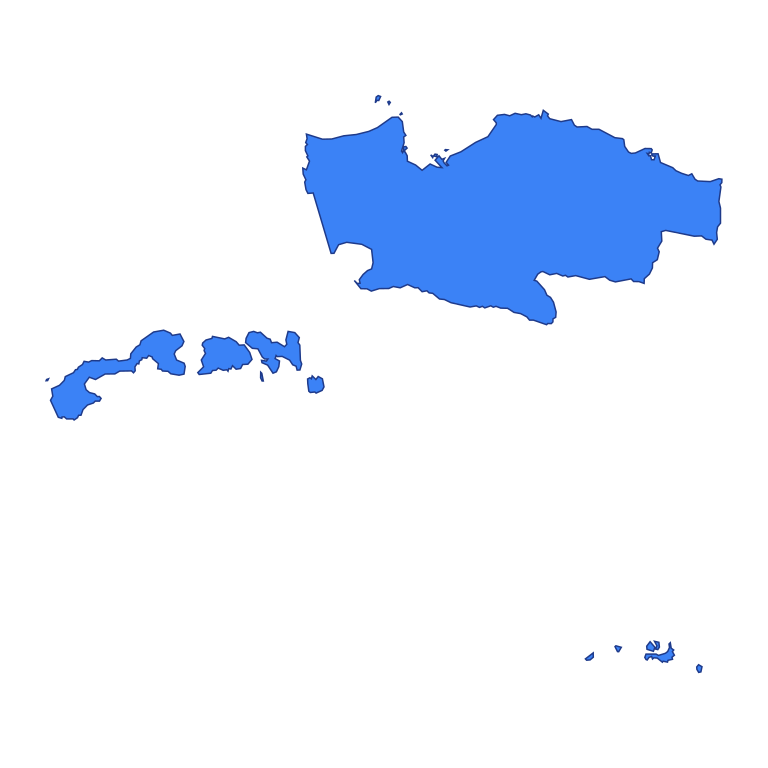 Maluku Tengah, Maluku, Indonesia (Albers equal-area conic projection)
{"feature_id": "22746128B41463091507887", "entity_name": "Maluku Tengah", "entity_type": "district", "adm_level": 2, "iso_a3": "IDN", "parent_name": "Indonesia", "parent_adm1": "Maluku", "projection": "albers", "projection_center": [128.463, -3.665], "detail": "fine", "context": "isolated", "style": "filled", "palette": "blue", "viewbox_px": 768, "rotation_deg": 0, "n_neighbors": 0, "source": "geoboundaries", "source_scale": "gbopen_adm2", "svg_char_len": 6104}
<svg xmlns="http://www.w3.org/2000/svg" viewBox="0 0 768 768"><path d="M721.9,179.2L718.8,178.7L710.3,181.6L697.7,181.0L695.0,179.2L691.8,173.8L688.4,175.5L681.6,173.3L675.9,170.7L672.8,167.7L660.5,162.5L658.1,153.8L652.2,153.9L651.7,154.9L653.0,156.1L655.3,156.1L654.0,159.8L651.5,159.7L650.5,155.7L648.9,155.9L647.2,153.4L649.1,153.8L649.3,152.3L651.2,153.0L652.2,149.9L651.2,148.6L645.0,148.5L635.3,153.0L631.2,153.4L628.5,152.0L624.7,146.4L623.8,139.7L622.4,138.6L614.9,137.7L599.0,129.3L592.0,129.3L587.0,126.5L577.1,127.0L574.4,125.2L571.5,119.6L561.0,121.6L549.7,118.7L547.5,115.9L548.3,114.1L543.3,110.3L541.0,118.3L538.7,114.8L534.7,117.0L532.7,116.0L532.2,116.8L530.5,115.0L525.9,113.8L521.3,114.7L515.1,113.3L509.7,115.8L504.5,114.4L497.4,115.3L493.5,119.6L496.3,122.9L496.3,124.5L487.9,136.7L475.6,142.4L460.9,151.8L450.3,156.0L446.1,162.4L449.1,165.7L447.7,164.6L447.0,165.8L444.2,163.0L443.1,160.9L444.6,158.3L441.8,159.3L439.0,155.8L435.1,160.2L441.9,167.6L437.0,167.2L430.1,164.0L422.1,170.3L415.6,165.0L407.4,161.2L407.2,155.8L405.1,151.9L402.8,151.2L402.5,152.5L401.5,151.1L404.1,142.7L403.7,137.0L405.9,135.4L403.7,132.0L402.3,121.6L398.2,117.1L392.0,117.3L377.4,127.6L368.8,131.4L356.3,134.5L343.8,135.8L331.8,139.0L322.5,139.2L306.4,134.1L307.1,138.7L305.7,142.6L307.4,144.5L305.4,146.4L305.4,150.7L307.9,155.9L306.8,156.9L309.5,161.1L306.4,169.8L302.8,168.1L303.2,174.1L305.9,179.8L304.7,182.1L306.0,189.6L307.9,193.4L313.2,193.0L331.1,253.4L334.0,253.3L338.6,244.7L346.7,242.3L361.8,244.3L371.6,249.4L373.1,262.7L371.6,268.9L367.5,270.6L363.1,274.5L359.3,279.7L360.1,283.2L357.3,283.5L354.3,280.5L360.9,288.7L367.0,288.8L371.3,291.1L379.3,288.6L388.8,288.5L393.3,286.5L400.2,287.8L407.6,284.5L414.8,287.8L418.1,287.7L422.1,291.7L426.9,290.8L429.1,292.9L432.7,293.3L439.5,299.0L444.4,299.5L451.0,302.7L470.1,307.0L476.3,305.9L479.5,307.4L482.4,306.3L484.8,307.9L490.8,305.8L493.3,307.2L496.0,306.3L500.7,308.1L507.6,308.3L514.0,312.4L520.6,313.6L526.9,316.9L529.5,320.1L533.4,320.1L546.6,324.7L547.7,323.5L551.3,323.6L552.9,321.9L553.0,318.9L555.7,317.3L556.1,312.0L553.5,302.2L550.5,297.4L546.9,295.2L544.5,289.7L536.8,281.1L534.2,280.3L537.7,274.2L540.9,271.9L542.9,271.5L549.8,274.8L556.7,273.4L562.8,276.0L565.5,275.3L567.9,277.0L575.7,275.6L589.4,279.3L605.0,276.6L609.7,280.2L615.4,281.9L631.1,278.9L633.6,281.5L639.0,281.6L644.1,283.4L644.3,278.7L649.4,274.1L652.4,268.0L652.6,262.7L657.3,259.7L659.2,251.8L657.5,248.2L661.8,241.1L661.3,231.7L665.7,230.4L694.2,236.2L701.6,235.9L705.9,239.2L712.0,240.1L714.0,244.2L717.3,239.3L716.6,232.5L717.6,226.8L720.5,223.2L720.5,208.1L718.9,201.5L720.9,187.0L720.0,184.8L721.8,182.6L721.9,179.2ZM157.7,368.8L161.3,369.3L162.5,371.0L168.0,371.3L170.8,373.8L179.1,375.2L184.0,374.1L185.2,366.4L184.1,363.2L176.6,360.0L174.2,354.0L175.7,350.7L182.0,345.8L183.9,341.5L180.0,334.0L172.3,335.4L170.4,333.1L163.7,330.2L153.6,332.0L141.1,340.8L139.9,344.8L136.2,347.0L130.8,353.8L130.4,358.4L127.1,360.0L118.5,361.1L116.3,359.2L105.7,360.0L102.2,357.9L99.3,360.8L91.7,360.6L88.6,362.1L84.1,361.3L82.5,364.5L78.4,367.2L77.4,369.4L75.5,369.7L73.5,372.7L65.3,376.6L64.3,380.4L59.5,385.3L51.6,388.9L52.8,396.2L50.5,400.3L58.3,417.3L61.8,418.3L62.0,417.0L64.2,416.8L66.6,418.9L73.0,418.9L74.1,420.0L77.5,417.7L78.6,415.3L81.0,415.2L83.0,409.6L87.5,405.0L93.4,403.0L95.2,401.1L99.5,401.1L101.1,398.4L99.4,396.5L97.3,396.6L94.7,393.9L89.5,392.6L86.1,389.7L84.4,384.0L89.3,377.2L95.5,379.5L105.2,374.0L114.9,373.9L119.7,371.1L131.5,370.9L133.5,372.8L135.2,370.8L134.9,366.9L137.1,363.5L138.8,363.9L139.4,360.9L141.8,359.7L142.2,357.7L146.7,358.2L148.7,355.5L152.2,357.0L152.6,358.7L158.4,363.6L157.7,368.8ZM224.7,338.9L212.5,336.4L211.9,338.4L206.0,340.0L202.7,343.0L202.2,345.2L204.7,348.5L204.1,350.6L205.5,353.4L201.3,360.0L203.6,366.8L197.8,372.6L199.2,374.5L210.8,373.2L212.5,370.5L216.1,370.2L218.2,368.1L223.2,370.3L226.9,369.8L228.0,371.2L228.8,368.6L230.9,369.0L232.5,365.7L236.1,369.2L240.6,368.5L242.6,364.5L247.9,364.2L252.0,359.4L249.7,352.5L244.2,344.9L239.2,345.2L236.2,341.7L228.6,337.3L224.7,338.9ZM253.7,331.4L249.0,332.6L246.1,338.3L245.6,342.6L252.3,348.3L257.9,348.8L262.3,357.0L264.7,359.0L267.9,359.0L266.4,361.1L261.5,360.3L262.0,362.7L267.6,365.1L273.0,373.2L276.4,371.8L278.8,366.7L279.5,361.0L275.1,358.6L276.1,355.5L277.2,356.6L282.2,356.4L289.6,360.1L292.7,364.8L296.1,366.2L297.1,370.1L299.9,370.0L301.7,364.0L300.4,360.3L299.8,345.1L298.0,342.6L299.3,337.6L294.8,332.6L288.1,331.4L285.9,339.9L286.8,344.3L284.5,346.7L277.1,342.2L271.5,342.7L270.2,339.2L267.0,338.2L260.4,332.2L257.4,332.8L253.7,331.4ZM315.9,379.5L312.2,375.9L311.4,378.8L309.9,377.8L307.6,379.0L307.8,383.7L308.8,391.2L310.3,392.5L314.8,392.0L316.1,393.1L322.1,390.4L324.0,386.9L322.4,378.8L318.2,376.5L315.9,379.5ZM670.3,642.7L669.0,644.0L669.5,647.5L667.7,651.5L665.4,653.3L658.5,655.4L656.1,654.1L646.0,654.1L644.8,657.4L646.0,659.5L647.2,660.0L648.9,657.5L651.6,656.4L652.5,659.0L653.9,657.8L657.3,658.1L662.4,662.2L663.1,661.2L667.5,662.1L668.0,660.3L672.5,659.3L672.0,657.2L674.4,655.2L672.4,651.6L673.7,650.0L671.2,648.2L670.3,642.7ZM650.1,641.7L646.7,646.2L647.0,649.3L653.4,651.3L654.9,647.3L650.1,641.7ZM700.9,671.9L702.0,666.7L698.6,664.7L696.7,667.0L696.9,669.4L698.7,672.4L700.9,671.9ZM593.3,657.2L593.2,652.9L585.4,658.9L586.6,660.2L590.1,659.9L593.3,657.2ZM615.9,645.8L615.0,646.6L617.5,651.6L618.7,651.7L621.3,647.3L615.9,645.8ZM658.9,642.3L654.5,641.3L656.9,645.8L655.6,649.1L657.8,649.6L659.4,647.1L658.9,642.3ZM380.6,96.5L378.2,95.6L376.2,97.1L375.3,102.8L376.9,100.4L378.8,100.5L380.6,96.5ZM263.3,381.0L261.8,373.3L260.7,372.2L260.6,377.8L262.1,381.0L263.3,381.0ZM405.9,146.5L403.3,146.8L403.9,151.1L407.1,148.1L405.9,146.5ZM437.2,154.5L435.0,154.1L433.6,155.9L436.7,156.8L437.2,154.5ZM389.0,104.5L390.3,102.4L389.1,101.2L387.8,102.0L389.0,104.5ZM48.5,378.8L46.6,379.5L46.1,380.7L47.6,380.6L48.5,378.8ZM433.1,156.5L430.7,154.9L432.7,157.6L433.1,156.5ZM447.7,149.8L445.4,149.6L444.8,150.2L445.9,151.1L447.7,149.8ZM402.2,114.0L401.5,112.8L400.0,114.3L400.4,114.8L402.2,114.0Z" fill="#3b82f6" stroke="#1e3a8a" stroke-width="1.5"/></svg>